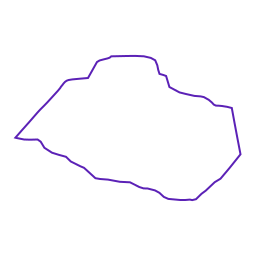 the district of Sirba, Western Darfur, Sudan
{"feature_id": "16777658B17269795285399", "entity_name": "Sirba", "entity_type": "district", "adm_level": 2, "iso_a3": "SDN", "parent_name": "Sudan", "parent_adm1": "Western Darfur", "projection": "mercator", "projection_center": [22.421, 13.82], "detail": "fine", "context": "isolated", "style": "outline", "palette": "violet", "viewbox_px": 256, "rotation_deg": 0, "n_neighbors": 0, "source": "geoboundaries", "source_scale": "gbopen_adm2", "svg_char_len": 1221}
<svg xmlns="http://www.w3.org/2000/svg" viewBox="0 0 256 256"><path d="M180.3,200.0L185.2,200.0L189.9,199.6L192.2,200.1L196.0,199.2L201.5,193.8L203.1,192.6L205.7,190.7L214.7,182.2L220.5,178.7L229.6,167.9L240.5,154.3L237.2,137.1L234.4,122.2L231.8,108.0L227.0,106.8L224.4,106.4L222.0,106.0L218.7,105.7L215.9,105.6L213.8,104.6L211.9,102.5L208.6,99.7L207.6,99.2L203.9,97.1L200.7,96.4L194.4,95.9L185.9,94.0L179.5,92.4L169.4,87.0L166.1,76.0L163.4,75.0L159.5,73.9L158.2,69.8L157.3,65.3L155.2,60.3L150.8,57.9L143.9,56.3L135.0,55.9L126.5,56.0L112.6,56.3L111.3,56.3L109.6,57.7L108.7,58.0L107.6,58.4L103.6,59.4L99.8,60.4L99.0,60.8L97.7,61.6L97.1,61.9L96.3,63.2L95.6,64.5L95.3,65.0L88.0,78.0L79.9,78.7L72.4,79.4L68.6,80.0L66.7,80.7L65.1,81.8L63.6,83.4L62.5,84.9L61.0,86.7L60.2,88.0L57.8,90.9L47.3,102.4L44.2,105.6L42.5,107.3L40.4,109.4L38.9,111.0L37.0,113.1L29.0,122.3L21.7,130.5L15.4,137.7L16.1,137.9L24.1,139.5L30.0,139.7L37.6,139.5L40.7,141.7L44.4,147.8L52.0,152.7L58.7,154.8L66.0,156.8L70.8,161.5L80.2,166.2L84.0,167.8L95.4,178.2L100.1,179.0L108.0,179.6L119.9,181.8L130.0,182.3L139.2,187.0L143.6,188.4L147.6,188.5L155.0,190.4L159.4,192.8L163.8,196.9L168.3,198.9L180.3,200.0Z" fill="none" stroke="#5b21b6" stroke-width="2"/></svg>